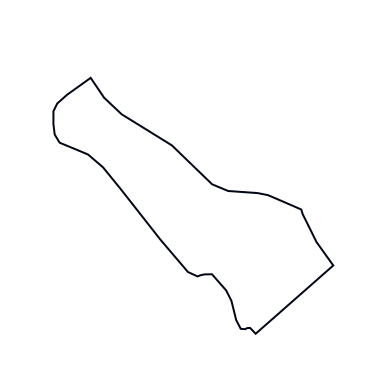 Ouémé, Albers equal-area conic projection, rotated 324°
{"feature_id": "BEN-2177", "entity_name": "Ouémé", "entity_type": "Department", "adm_level": 1, "iso_a3": "BEN", "parent_name": "Benin", "parent_adm1": "", "projection": "albers", "projection_center": [2.527, 6.671], "detail": "fine", "context": "isolated", "style": "outline", "palette": "ink", "viewbox_px": 384, "rotation_deg": 324, "n_neighbors": 0, "source": "natural_earth", "source_scale": "10m", "svg_char_len": 649}
<svg xmlns="http://www.w3.org/2000/svg" viewBox="0 0 384 384"><g transform="rotate(324 192 192)"><path d="M266.9,284.7L263.3,305.7L263.1,334.5L262.9,334.5L160.2,344.1L159.1,336.1L156.8,334.6L154.5,334.3L151.0,331.3L152.5,321.5L159.9,303.3L161.8,291.8L159.8,270.3L154.3,266.4L152.2,265.3L149.5,264.2L146.9,263.6L141.7,254.4L138.4,211.5L137.9,197.4L136.0,146.8L134.5,119.7L129.9,100.5L113.9,74.3L114.7,64.8L119.8,55.6L127.4,45.2L135.0,41.2L148.1,39.9L177.1,40.1L176.3,64.1L180.8,87.9L203.1,142.4L212.8,197.6L221.8,212.4L244.6,231.6L251.7,239.3L270.0,270.2L270.1,270.4L268.5,275.0L266.9,284.7Z" fill="none" stroke="#020617" stroke-width="2"/></g></svg>